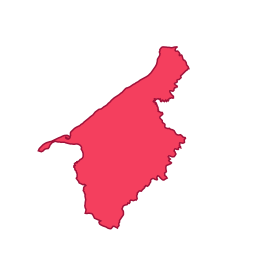 outline of Parrita, Puntarenas, Costa Rica, rotated 125°
{"feature_id": "36466004B95019586049956", "entity_name": "Parrita", "entity_type": "district", "adm_level": 2, "iso_a3": "CRI", "parent_name": "Costa Rica", "parent_adm1": "Puntarenas", "projection": "equal_earth", "projection_center": [-84.334, 9.549], "detail": "fine", "context": "isolated", "style": "filled", "palette": "rose", "viewbox_px": 256, "rotation_deg": 125, "n_neighbors": 0, "source": "geoboundaries", "source_scale": "gbopen_adm2", "svg_char_len": 5804}
<svg xmlns="http://www.w3.org/2000/svg" viewBox="0 0 256 256"><g transform="rotate(125 128 128)"><path d="M182.4,80.0L180.7,79.9L178.5,82.1L177.2,82.3L176.1,82.8L176.0,83.1L175.3,83.1L174.5,82.8L173.5,82.8L173.0,82.6L172.6,82.0L172.3,81.1L172.0,80.8L170.7,80.8L167.7,80.2L167.2,80.2L166.7,80.7L166.0,80.3L165.5,80.3L165.3,80.5L165.1,80.5L164.8,80.3L164.7,78.8L163.9,78.4L162.4,78.2L160.6,78.5L159.3,78.5L158.7,78.8L158.2,79.3L157.2,79.6L156.3,79.4L155.2,78.8L154.9,78.4L154.6,77.7L154.6,76.2L154.1,75.6L154.1,75.0L153.8,74.5L153.1,74.5L152.7,75.4L151.8,76.2L150.8,76.1L150.3,76.3L150.0,76.2L149.8,75.6L149.8,74.6L150.3,73.0L150.6,70.9L150.6,70.1L150.4,69.3L149.9,68.7L148.3,68.1L146.6,67.2L145.9,68.9L145.8,69.5L145.9,70.6L145.7,70.9L145.1,71.1L144.2,72.0L143.8,72.2L143.2,72.0L142.7,71.6L141.5,71.7L140.3,73.0L138.8,74.3L137.5,74.9L136.7,75.0L134.9,73.9L134.5,73.5L133.6,73.3L133.0,72.6L131.6,72.4L131.4,72.9L131.6,73.4L131.6,74.4L131.4,75.9L130.8,76.0L129.2,75.5L129.1,76.1L129.4,76.9L128.8,77.4L128.6,78.5L128.3,78.7L127.2,78.5L126.9,77.7L126.3,75.4L125.9,74.7L124.9,73.7L122.8,73.7L121.8,73.8L121.2,75.1L120.7,75.6L120.4,77.1L118.7,77.6L118.2,77.6L117.9,77.3L117.7,77.0L117.6,75.9L116.8,74.6L116.3,74.6L115.7,75.2L114.9,75.3L114.2,74.6L114.0,73.5L113.1,74.4L112.8,75.9L112.6,76.1L112.0,76.0L111.6,76.3L110.9,77.1L110.3,77.1L109.0,74.4L108.0,73.7L107.4,73.5L105.3,75.2L103.5,75.0L103.1,75.5L103.1,75.9L103.6,76.7L103.8,77.4L103.8,78.1L103.4,79.7L103.4,81.2L104.7,82.4L105.1,83.2L105.4,84.3L105.4,84.9L105.0,86.1L103.8,88.6L103.8,89.8L104.0,90.8L104.7,92.4L104.5,93.9L105.6,95.1L106.2,96.9L106.3,97.9L105.6,98.8L104.1,99.6L103.7,100.3L103.7,103.0L102.2,104.3L101.6,107.4L101.2,108.0L100.2,108.3L97.8,107.6L96.6,107.5L96.1,108.1L95.7,108.8L95.7,109.2L96.4,109.5L96.7,109.9L96.7,110.3L96.4,111.5L96.9,112.2L97.0,112.9L96.7,113.1L95.8,113.4L95.8,113.9L94.4,114.8L93.7,115.7L93.3,117.0L92.6,117.2L92.5,119.5L92.1,119.7L91.6,119.0L91.3,119.5L91.3,120.4L91.9,122.0L91.8,122.5L90.8,122.5L89.9,121.5L89.4,121.5L89.1,123.1L88.9,123.1L88.0,121.1L86.7,120.2L86.4,119.5L86.7,119.1L86.7,118.5L85.7,118.3L86.0,117.6L87.4,116.6L87.4,116.1L87.2,115.8L86.8,115.6L85.3,115.6L85.3,114.8L85.6,113.9L85.5,113.3L84.5,113.3L83.5,113.1L84.2,111.9L84.2,111.6L82.2,111.5L82.2,111.2L82.5,110.7L81.7,110.7L80.9,111.1L80.4,111.1L79.7,110.8L79.4,110.3L78.4,109.8L77.8,108.3L77.3,108.0L76.0,109.0L75.6,111.6L75.2,112.7L74.4,114.6L73.6,115.1L72.9,114.3L72.3,112.6L72.1,112.3L70.8,112.0L69.6,112.7L68.3,113.0L67.6,112.0L66.1,112.0L66.1,111.4L65.5,111.6L65.5,114.4L65.4,114.9L65.0,115.4L64.1,115.2L63.3,114.6L62.1,114.1L61.9,114.2L60.9,115.2L60.5,115.3L59.8,114.9L59.0,114.0L56.4,113.4L56.1,113.5L55.3,114.6L54.9,114.9L53.9,114.5L47.8,113.4L46.8,112.9L44.9,112.7L44.5,112.2L43.3,113.9L42.7,116.2L41.1,117.8L40.7,118.6L40.1,120.3L40.1,120.7L40.4,121.2L40.3,122.1L37.6,125.5L37.6,126.2L37.7,126.4L39.0,127.1L39.1,127.5L38.7,128.0L37.5,128.1L36.9,129.4L36.5,131.0L36.5,131.5L37.5,132.6L37.5,133.8L36.5,134.4L35.5,134.6L34.6,134.6L33.1,134.0L35.2,136.5L36.8,137.8L37.5,138.7L38.4,140.7L39.3,141.9L39.6,142.7L41.5,145.8L42.0,146.3L42.7,146.7L43.4,146.8L45.4,146.9L46.5,146.1L47.6,146.0L48.4,145.2L48.6,144.5L49.1,144.2L50.7,143.6L54.8,143.3L56.7,142.2L59.5,141.1L62.0,140.8L69.5,140.8L73.4,141.5L75.4,142.3L81.8,145.5L84.4,146.3L86.2,147.3L88.1,147.9L88.9,148.5L93.2,150.1L95.6,151.6L96.0,152.1L97.1,152.6L102.5,153.3L103.2,153.7L105.9,154.4L111.2,156.6L114.9,157.5L116.7,157.6L119.2,158.3L121.1,158.5L123.3,159.3L124.1,159.8L127.3,160.7L128.1,161.2L129.5,162.6L133.7,164.0L137.3,164.2L140.6,165.3L142.8,165.8L148.3,167.4L150.3,167.7L152.0,168.5L153.6,168.8L156.9,170.7L159.0,171.6L163.7,172.5L164.6,172.5L165.9,171.8L167.0,170.8L168.1,170.5L168.7,170.1L169.6,169.9L170.6,170.1L171.4,170.5L171.8,171.4L172.0,172.1L172.0,173.0L171.8,173.5L171.2,173.6L171.1,172.8L171.3,171.5L171.2,171.1L170.3,170.3L169.2,170.1L168.6,170.6L168.4,171.1L168.9,173.7L170.7,175.9L172.3,177.0L174.2,178.0L175.8,179.1L183.1,183.2L183.8,184.0L186.9,186.4L188.7,187.3L190.5,188.0L195.4,188.8L196.0,188.8L198.1,188.4L197.6,186.7L197.1,185.3L195.4,184.4L193.9,184.2L192.8,183.8L191.8,183.0L190.6,181.6L188.5,181.6L186.9,182.1L183.6,181.8L180.7,180.1L179.7,177.5L179.4,177.0L178.8,176.3L178.1,174.6L177.6,174.1L176.1,171.8L175.8,170.4L174.1,166.0L173.7,165.6L172.3,162.9L170.7,161.2L170.2,160.4L169.7,158.9L169.6,157.3L169.9,156.1L170.2,155.4L170.9,154.6L172.1,154.3L173.1,152.1L174.6,150.1L177.2,148.3L179.0,148.1L180.3,148.5L181.2,149.1L183.3,149.3L184.1,149.8L185.0,150.6L185.3,150.4L185.5,149.7L186.0,149.9L186.1,150.5L186.6,151.1L187.1,151.1L187.8,151.3L188.1,151.3L189.0,149.7L189.6,149.9L189.9,150.6L190.1,150.6L191.2,149.8L191.3,148.6L192.5,147.6L192.7,147.3L192.8,145.9L193.7,145.1L194.0,144.3L194.2,144.2L195.0,143.1L197.5,141.5L198.6,141.6L198.9,141.5L200.1,137.8L200.5,137.1L200.9,136.8L200.9,135.9L200.5,134.1L200.4,132.7L199.9,131.9L199.6,131.6L199.3,131.6L199.2,131.3L199.1,130.1L199.2,129.6L199.5,129.6L200.7,130.2L202.2,130.1L202.9,129.8L203.6,129.1L204.1,129.1L205.0,128.7L205.5,127.1L206.2,126.6L206.3,125.9L206.9,125.4L207.2,124.6L207.6,124.6L208.4,124.2L211.0,121.5L213.4,120.4L215.2,119.3L216.4,118.8L217.9,117.3L218.5,116.2L219.1,115.4L222.4,114.1L221.6,112.6L220.3,111.3L220.0,110.7L219.0,108.8L219.0,107.9L219.5,106.6L221.1,103.7L219.8,97.1L221.5,97.9L221.9,97.7L222.9,96.2L222.9,94.6L222.5,92.1L221.7,89.4L221.5,86.7L220.7,84.7L220.0,84.1L217.1,83.9L216.4,82.6L216.0,79.3L215.4,79.6L213.1,79.4L211.8,80.6L211.3,80.9L210.0,80.9L208.6,81.9L201.8,82.0L201.3,82.2L199.4,83.6L198.8,84.2L198.0,86.1L197.6,86.6L196.4,86.7L195.5,87.1L194.4,87.1L192.9,86.3L191.3,84.8L190.6,84.7L190.1,85.0L189.5,85.1L189.0,83.7L187.6,83.8L186.7,84.6L185.7,84.5L185.4,84.3L184.4,81.9L182.4,80.6L182.4,80.0Z" fill="#f43f5e" stroke="#9f1239" stroke-width="1.5"/></g></svg>